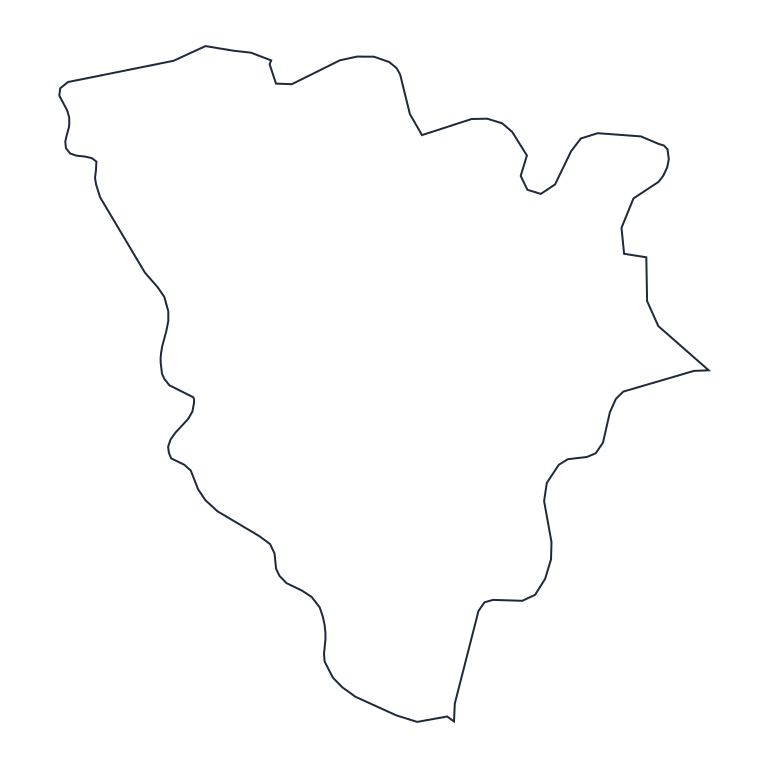 outline of Yvelines
{"feature_id": "FRA-5357", "entity_name": "Yvelines", "entity_type": "Metropolitan department", "adm_level": 1, "iso_a3": "FRA", "parent_name": "France", "parent_adm1": "", "projection": "natural_earth1", "projection_center": [1.792, 48.763], "detail": "fine", "context": "isolated", "style": "outline", "palette": "slate", "viewbox_px": 768, "rotation_deg": 0, "n_neighbors": 0, "source": "natural_earth", "source_scale": "10m", "svg_char_len": 1699}
<svg xmlns="http://www.w3.org/2000/svg" viewBox="0 0 768 768"><path d="M205.5,46.1L233.4,50.7L251.0,52.7L271.2,60.4L269.6,64.2L276.0,83.6L291.8,84.2L339.9,60.3L356.9,56.6L373.9,56.7L389.1,62.0L396.6,68.1L400.1,74.4L409.9,114.1L422.0,135.1L471.6,119.0L487.2,118.7L502.2,123.3L512.2,131.9L526.9,155.5L520.7,175.9L527.4,189.8L540.8,193.9L555.1,184.4L571.0,151.4L580.8,138.5L597.7,133.2L640.9,136.4L658.6,143.9L663.9,145.5L667.5,149.3L668.8,159.2L667.2,167.4L663.3,175.7L658.5,181.9L633.5,198.4L621.5,227.8L624.1,253.8L646.3,257.3L647.1,301.1L658.3,326.1L708.7,370.3L693.9,370.9L623.3,391.6L615.9,398.9L609.9,412.2L603.0,442.6L595.7,453.3L586.8,457.0L567.8,459.2L558.8,464.8L546.8,482.9L544.1,501.1L551.5,542.2L551.0,559.4L545.1,578.9L535.1,594.8L522.3,600.8L493.0,599.9L484.5,602.3L478.5,610.9L454.8,703.6L454.0,721.5L447.2,716.5L417.2,721.9L396.1,715.3L355.5,696.8L342.3,687.3L333.0,677.8L325.3,662.9L324.6,661.4L324.0,654.1L325.5,638.8L325.4,632.4L324.6,625.0L322.8,616.6L319.7,607.4L311.6,596.9L301.8,590.5L286.6,583.2L279.5,575.9L276.1,568.8L274.5,553.4L270.1,544.1L259.4,536.2L217.5,511.3L205.3,500.1L198.1,489.3L190.8,470.6L184.2,464.7L171.2,458.4L168.9,452.9L168.1,446.7L170.6,439.5L175.3,432.8L188.1,419.0L192.4,411.6L194.0,402.9L194.1,399.4L193.3,397.3L169.4,385.3L164.3,378.8L162.0,373.7L160.7,362.8L160.6,358.3L161.1,352.7L162.2,346.4L166.4,330.7L168.3,321.0L168.3,311.3L164.3,296.9L157.8,287.4L144.9,272.6L100.1,197.3L96.1,184.5L95.0,177.8L96.0,169.9L96.4,161.6L91.8,158.1L84.7,156.5L76.6,155.7L70.0,153.4L65.9,148.0L65.3,141.6L66.5,136.1L68.9,127.4L69.3,123.7L69.2,117.6L67.3,110.7L59.3,95.6L60.2,88.3L68.1,82.0L173.5,60.8L205.5,46.1Z" fill="none" stroke="#1e293b" stroke-width="2"/></svg>